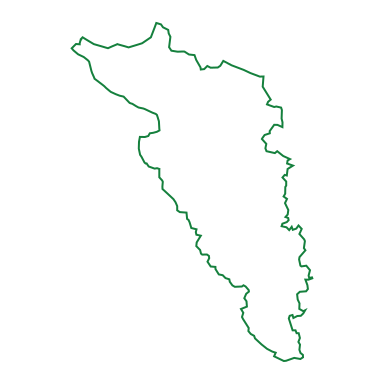 the district of Carolina, Puerto Rico
{"feature_id": "32010507B91435435365169", "entity_name": "Carolina", "entity_type": "district", "adm_level": 2, "iso_a3": "PRI", "parent_name": "Puerto Rico", "parent_adm1": "", "projection": "orthographic", "projection_center": [-65.96, 18.364], "detail": "fine", "context": "isolated", "style": "outline", "palette": "green", "viewbox_px": 384, "rotation_deg": 0, "n_neighbors": 0, "source": "geoboundaries", "source_scale": "gbopen_adm2", "svg_char_len": 3363}
<svg xmlns="http://www.w3.org/2000/svg" viewBox="0 0 384 384"><path d="M82.6,37.3L80.9,39.1L81.2,39.4L80.5,40.4L79.7,43.2L79.7,44.3L76.0,44.0L71.7,48.3L73.5,50.4L78.1,54.3L83.7,57.0L88.0,60.4L89.1,61.7L90.3,66.5L91.4,70.9L92.1,73.0L94.2,77.7L94.5,78.7L102.3,84.6L104.3,86.2L106.1,88.0L109.2,90.6L110.8,91.9L115.8,94.2L119.7,95.7L123.6,96.6L129.6,102.9L131.2,103.5L132.3,103.8L136.0,106.1L138.5,107.5L143.3,108.5L144.9,109.1L150.8,111.9L152.5,112.7L155.7,113.9L156.9,114.9L157.8,117.6L158.1,118.7L158.9,121.2L159.1,124.8L159.3,128.6L159.5,130.1L159.5,130.4L156.9,131.8L153.2,132.8L149.8,133.3L148.3,136.0L144.9,137.0L139.9,136.9L139.0,141.8L138.8,148.6L140.1,154.8L141.4,156.6L144.5,162.5L145.6,163.5L146.6,163.4L148.7,166.5L154.6,168.6L157.1,168.2L159.4,169.0L159.3,169.6L159.3,177.3L162.2,180.5L162.8,181.8L162.4,186.5L162.5,189.0L167.3,193.4L173.5,199.2L174.2,200.3L175.5,202.2L177.2,206.1L177.2,210.3L179.8,212.1L186.5,212.6L187.1,218.9L188.5,219.9L189.6,222.3L191.3,228.0L196.5,229.3L195.8,232.1L196.4,234.7L200.8,235.7L196.7,242.4L196.3,246.1L200.1,250.0L201.0,253.6L202.2,254.6L206.9,254.5L208.9,255.9L209.2,258.2L207.5,261.7L210.7,266.5L215.4,266.9L215.5,269.1L218.8,274.4L222.7,275.2L225.5,278.1L229.3,279.3L229.8,281.8L232.4,285.4L234.8,286.8L241.9,286.5L243.5,285.3L245.6,286.5L248.7,290.1L248.9,291.6L246.2,293.8L244.3,298.2L246.5,301.3L246.9,306.6L241.0,309.0L243.3,312.8L242.0,317.0L243.0,319.0L248.7,328.0L248.4,331.1L250.8,334.0L254.1,335.8L255.0,338.4L261.5,344.4L267.0,348.8L272.3,351.6L275.7,352.7L274.1,356.3L283.8,361.0L286.0,360.8L294.2,357.9L300.4,359.0L303.0,357.3L302.9,354.9L300.5,353.0L299.4,349.8L300.0,344.6L298.4,341.9L299.9,338.0L298.7,333.2L296.6,333.2L295.5,330.3L292.6,330.3L288.8,318.4L289.7,315.8L292.5,315.0L293.4,318.0L297.3,316.0L300.8,315.8L303.3,313.4L305.1,310.3L303.3,311.2L299.3,308.9L299.5,303.4L297.7,299.5L297.1,294.3L299.8,291.8L306.1,291.3L307.9,289.0L307.4,285.2L305.4,279.6L308.4,279.7L312.3,278.3L312.0,277.4L309.2,277.9L308.6,275.6L310.0,270.2L306.3,265.7L301.4,266.4L300.4,265.6L299.1,259.5L299.5,257.1L305.4,250.3L303.9,248.1L304.9,241.1L304.2,239.4L299.4,234.0L301.7,228.9L298.5,225.5L296.3,228.6L292.8,229.8L291.7,226.8L289.2,230.1L286.5,227.3L281.6,226.2L282.4,223.7L286.8,222.1L288.6,220.2L288.2,218.0L285.5,217.0L287.7,214.5L288.3,210.0L285.0,203.1L287.0,198.9L283.6,196.5L285.2,193.7L285.3,187.0L286.2,185.6L286.2,181.5L282.5,177.5L284.7,174.9L286.8,175.5L287.6,169.0L293.0,165.6L287.1,163.5L287.6,160.5L290.0,159.1L283.2,156.0L277.2,151.2L274.9,153.1L266.5,151.2L265.4,148.3L266.3,143.9L261.9,139.0L262.4,138.1L264.6,135.0L269.8,133.3L269.7,131.1L274.2,124.8L277.5,124.9L282.4,127.1L282.5,122.3L281.6,118.6L281.9,110.1L281.1,107.6L276.3,106.5L274.2,107.0L267.0,104.4L268.1,101.8L270.7,99.6L262.7,86.7L263.5,76.5L259.8,76.6L250.5,73.1L243.7,69.9L231.6,65.3L223.3,60.9L220.3,65.8L217.8,67.5L210.6,67.7L207.3,66.0L204.2,69.1L200.8,69.5L200.5,67.4L196.2,59.9L194.5,55.1L189.0,54.5L184.5,51.6L183.0,51.5L177.6,51.7L171.4,50.7L169.1,47.2L170.4,36.8L168.7,33.4L168.2,29.9L163.0,27.3L161.0,24.4L156.3,23.0L156.1,23.6L154.6,27.6L151.3,36.2L150.9,37.3L149.4,38.3L142.8,42.8L142.0,43.3L137.2,44.8L128.6,47.4L124.6,46.2L120.2,45.0L117.8,44.3L117.3,44.1L116.6,44.5L112.5,46.2L111.8,46.5L108.0,48.2L105.8,47.6L102.8,46.7L94.1,44.2L93.8,44.1L86.3,39.6L82.6,37.3Z" fill="none" stroke="#15803d" stroke-width="2"/></svg>